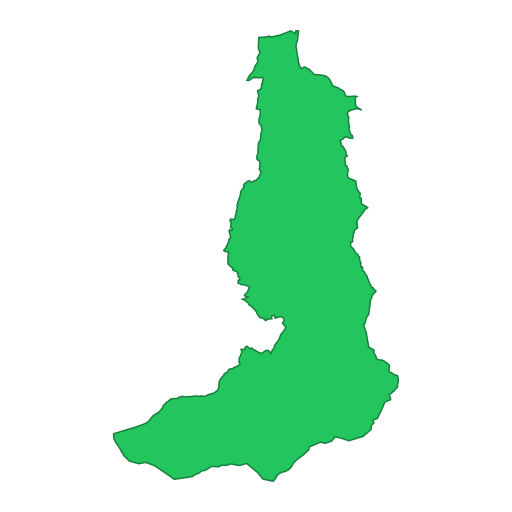 Garda De Sus, Alba, Romania (Mercator projection)
{"feature_id": "2599482B31586806671265", "entity_name": "Garda De Sus", "entity_type": "district", "adm_level": 2, "iso_a3": "ROU", "parent_name": "Romania", "parent_adm1": "Alba", "projection": "mercator", "projection_center": [22.809, 46.492], "detail": "fine", "context": "isolated", "style": "filled", "palette": "green", "viewbox_px": 512, "rotation_deg": 0, "n_neighbors": 0, "source": "geoboundaries", "source_scale": "gbopen_adm2", "svg_char_len": 6063}
<svg xmlns="http://www.w3.org/2000/svg" viewBox="0 0 512 512"><path d="M349.0,440.7L363.1,436.4L371.0,429.5L371.4,425.3L373.8,423.1L373.4,421.6L373.3,419.8L376.0,419.0L377.5,418.2L382.3,408.2L383.9,404.5L384.6,402.1L390.6,399.7L390.3,397.5L389.1,395.0L394.0,390.9L397.5,387.0L397.6,384.2L398.2,382.0L398.3,379.9L397.6,375.8L396.2,375.1L394.4,374.9L392.0,373.1L388.9,371.5L389.5,365.4L387.1,363.1L382.6,360.2L378.2,359.8L376.4,358.3L375.8,355.8L373.9,352.9L373.7,351.6L374.1,350.2L373.1,350.1L372.2,348.8L368.8,347.5L366.3,332.9L363.8,325.5L363.3,325.0L364.8,323.8L365.5,321.6L366.0,318.6L366.6,317.8L366.8,316.8L367.7,315.9L368.9,313.8L369.3,308.5L370.0,305.7L369.6,304.4L370.0,304.0L370.6,299.7L371.7,297.6L372.4,295.2L373.3,294.3L373.8,293.2L375.8,291.8L375.8,290.7L374.9,290.2L373.7,289.0L373.2,287.9L371.8,287.3L371.3,286.6L368.8,281.4L368.4,279.8L367.2,277.5L367.2,276.4L365.2,273.9L364.6,272.2L362.8,270.5L362.2,269.5L362.7,267.9L361.9,266.5L361.1,266.7L360.4,265.9L361.0,263.2L359.7,260.3L359.5,256.9L359.0,256.7L357.7,254.4L356.0,253.2L352.9,248.2L351.2,247.1L350.6,246.0L350.8,242.3L352.5,241.8L352.7,241.3L352.6,238.6L353.1,237.4L353.0,236.3L353.4,233.8L354.2,232.5L354.3,230.5L355.2,229.4L357.0,228.5L357.6,227.6L357.1,226.7L357.3,225.8L357.1,225.0L357.3,224.2L356.7,222.2L357.8,219.6L360.1,216.2L363.2,212.4L365.2,209.2L367.7,207.8L367.7,207.5L361.4,203.7L361.2,200.6L361.4,199.3L361.2,198.3L360.2,198.3L359.7,196.6L360.3,193.4L358.5,191.4L356.5,187.5L355.8,181.1L347.8,177.7L347.4,173.9L348.0,171.6L348.3,169.4L347.6,168.2L346.8,165.9L345.3,165.1L345.4,162.3L344.7,160.5L344.9,158.8L345.5,156.9L345.9,156.4L347.3,156.1L347.4,155.8L345.7,154.3L346.0,153.1L345.8,151.4L344.6,149.1L342.6,146.2L340.7,144.9L341.3,143.4L340.1,140.9L340.1,140.3L342.3,139.6L344.7,137.2L345.4,136.9L346.8,137.0L350.3,138.3L352.8,138.1L352.2,135.4L350.4,133.8L349.1,128.7L349.4,126.6L348.4,121.3L348.7,117.1L347.3,113.8L347.6,112.7L348.5,111.2L349.5,111.2L349.9,109.9L351.4,110.0L356.9,108.6L358.6,108.9L361.7,110.0L356.1,106.7L355.2,102.9L355.5,101.2L355.2,98.3L355.9,97.0L356.7,96.5L354.6,96.1L350.6,96.5L346.5,96.4L345.6,95.7L344.1,91.8L343.2,90.7L340.6,89.6L338.6,88.1L332.5,85.7L331.4,82.7L329.5,79.5L328.2,77.9L325.8,76.1L322.0,75.1L314.1,74.5L313.4,74.0L312.2,72.2L310.7,71.1L309.7,69.7L304.9,67.0L304.1,67.1L301.3,68.6L301.0,68.5L299.5,65.6L298.8,63.6L296.0,46.3L296.2,43.9L297.6,39.7L298.2,33.0L298.7,31.0L295.9,30.7L295.7,33.6L290.6,30.9L280.4,35.0L273.1,36.6L270.7,37.0L268.8,36.0L267.4,36.9L258.8,37.4L258.3,48.0L259.9,52.9L257.4,56.9L257.2,58.8L258.0,60.1L257.8,61.9L255.4,65.4L253.2,71.3L249.2,75.8L247.0,80.4L247.9,80.6L249.6,80.2L250.2,79.5L254.4,77.0L255.2,77.8L257.4,77.6L259.8,77.9L262.3,77.3L263.2,78.5L262.6,80.9L262.6,82.7L261.6,83.8L261.5,86.9L260.6,89.3L257.6,90.7L258.8,96.0L257.7,99.0L257.8,102.0L256.3,108.8L260.2,109.9L260.4,113.7L259.0,119.5L258.9,122.8L261.3,126.2L262.0,130.0L260.7,134.5L260.8,136.7L260.4,139.7L258.4,143.5L257.9,151.5L258.2,152.4L256.9,156.1L256.8,158.6L257.0,159.2L257.8,160.0L259.5,160.9L259.7,161.4L259.6,162.6L260.1,163.7L259.8,165.2L259.9,166.9L259.2,168.9L259.5,169.8L260.3,170.5L260.8,172.4L260.4,174.3L259.3,176.1L259.0,177.4L255.6,180.7L253.9,180.8L251.4,182.4L250.4,182.0L250.3,181.4L249.2,180.7L246.9,181.6L246.0,182.8L245.0,183.3L243.8,184.5L243.9,187.0L240.6,191.8L240.5,194.5L237.8,202.6L237.7,203.9L237.0,205.0L237.3,208.8L236.3,210.8L236.1,213.6L235.4,215.2L235.3,217.9L233.9,219.2L232.7,219.4L231.2,219.0L230.6,219.2L230.1,219.9L230.0,220.9L230.4,221.4L231.3,221.6L230.5,227.1L232.3,228.4L232.1,230.2L231.5,230.7L230.0,229.5L229.0,231.0L230.7,237.3L228.7,239.8L228.6,241.8L227.9,243.4L225.5,248.4L223.8,250.1L223.8,250.7L226.0,251.9L227.8,251.7L228.9,252.4L228.1,254.3L228.3,255.9L227.9,257.1L227.9,259.7L228.5,260.6L227.9,261.1L228.1,264.0L231.2,267.1L232.6,267.8L232.9,270.1L237.6,272.2L238.0,272.8L237.6,273.7L238.0,275.1L237.9,276.0L238.7,277.2L239.8,277.7L239.6,280.2L238.3,280.2L238.1,283.2L239.5,283.6L241.3,284.7L244.3,284.8L248.0,286.1L249.3,287.1L247.5,292.0L244.9,294.5L244.5,295.7L248.1,297.2L245.9,297.9L244.4,298.8L242.5,299.2L244.9,300.3L246.5,301.8L247.7,302.4L248.2,302.9L248.7,304.5L251.4,306.4L254.4,309.3L256.4,311.8L256.8,313.1L259.6,317.4L264.0,318.6L264.3,319.8L266.5,320.4L266.7,319.0L267.8,319.2L271.8,318.7L271.5,316.5L272.1,315.9L274.4,315.4L275.0,315.9L274.9,317.8L275.5,318.2L278.4,317.0L280.7,316.8L281.9,317.1L283.3,318.0L284.0,319.1L284.0,320.5L283.3,322.1L282.4,323.0L286.0,327.5L282.8,332.1L280.8,334.5L279.2,338.9L278.0,341.0L275.2,344.4L274.5,345.7L274.4,347.6L272.7,349.5L272.0,350.8L271.7,352.0L270.7,353.4L270.5,352.6L268.3,350.5L266.2,350.4L264.2,351.5L262.5,353.2L259.5,352.8L252.2,348.7L252.0,348.1L249.7,348.5L246.9,346.3L246.7,347.2L245.1,347.3L245.2,349.3L241.0,349.4L242.0,351.6L240.0,356.9L239.1,358.3L239.2,360.5L238.9,362.1L240.1,363.5L240.0,364.3L238.2,365.7L237.6,365.7L236.6,366.8L233.9,367.5L233.5,368.1L232.2,368.8L230.4,368.8L228.4,369.8L228.0,371.4L226.6,372.8L225.9,372.8L224.8,373.5L223.9,374.6L223.2,376.1L221.5,377.6L219.4,380.9L218.9,384.0L219.0,386.4L217.9,390.0L214.2,393.0L209.3,394.3L204.5,396.5L203.4,396.5L202.0,395.8L198.3,396.5L196.8,395.9L188.7,396.8L187.6,396.4L185.8,397.0L182.1,396.2L180.9,397.2L179.4,396.9L177.3,398.5L171.4,398.8L169.8,399.7L168.1,401.4L166.6,402.2L164.2,404.9L163.0,405.8L163.3,406.8L159.7,411.3L156.9,413.6L155.8,413.7L154.4,415.1L152.8,416.0L148.4,421.5L145.4,423.5L136.9,426.7L113.7,433.7L113.9,438.9L116.0,442.8L119.5,447.9L123.7,455.4L129.5,461.2L138.9,463.7L145.8,462.4L155.1,465.9L174.4,479.3L192.4,476.6L195.0,474.6L198.7,473.2L201.8,470.9L204.9,470.4L208.9,468.2L209.8,467.3L211.8,466.5L216.0,466.5L218.0,467.0L221.9,465.2L226.6,465.4L230.7,463.9L239.1,465.5L246.7,463.5L257.5,472.4L262.8,479.0L273.2,481.3L276.2,477.5L276.7,475.9L278.8,473.9L281.7,472.3L285.0,471.5L287.7,470.3L289.1,469.3L291.1,467.2L293.3,463.4L294.6,461.9L296.9,459.7L302.5,455.5L308.8,449.8L309.3,446.9L320.4,442.2L325.4,443.3L331.7,441.0L335.0,436.8L340.6,438.0L349.0,440.7Z" fill="#22c55e" stroke="#15803d" stroke-width="1.5"/></svg>